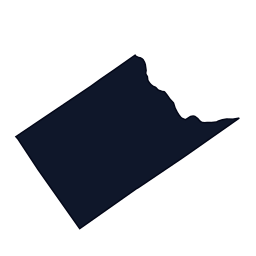 outline of Carroll, Illinois, United States of America, rotated 146°
{"feature_id": "52423323B13226465983213", "entity_name": "Carroll", "entity_type": "district", "adm_level": 2, "iso_a3": "USA", "parent_name": "United States of America", "parent_adm1": "Illinois", "projection": "albers", "projection_center": [-90.126, 42.064], "detail": "fine", "context": "isolated", "style": "filled", "palette": "ink", "viewbox_px": 256, "rotation_deg": 146, "n_neighbors": 0, "source": "geoboundaries", "source_scale": "gbopen_adm2", "svg_char_len": 879}
<svg xmlns="http://www.w3.org/2000/svg" viewBox="0 0 256 256"><g transform="rotate(146 128 128)"><path d="M224.3,71.6L155.0,73.0L153.0,72.8L98.6,72.8L30.2,74.0L36.2,76.7L41.2,80.3L45.2,82.1L49.4,83.3L51.1,83.4L55.8,85.9L59.1,88.2L61.6,89.6L63.6,91.3L64.2,92.7L64.6,94.2L64.9,96.9L66.1,100.3L67.3,101.5L69.5,102.5L70.4,102.6L75.5,102.7L76.5,103.8L78.0,106.2L78.3,107.5L78.5,110.5L78.4,113.6L77.8,118.3L76.3,123.3L77.1,128.7L77.2,133.6L77.5,137.3L77.8,138.0L79.2,139.1L80.6,141.1L81.5,142.1L81.7,142.6L82.0,143.8L82.2,145.4L82.5,146.5L83.9,148.6L84.7,151.1L85.0,153.5L84.9,156.5L83.2,159.8L83.1,162.6L82.4,163.9L80.8,165.6L78.2,170.9L77.6,173.1L77.3,176.1L77.7,177.7L78.6,179.4L79.8,180.5L81.1,182.7L81.4,183.5L81.4,184.4L108.7,183.9L123.0,183.8L132.2,183.5L135.1,183.4L225.8,183.5L225.4,180.5L225.8,143.7L224.3,71.6Z" fill="#0f172a" stroke="#020617" stroke-width="1.5"/></g></svg>